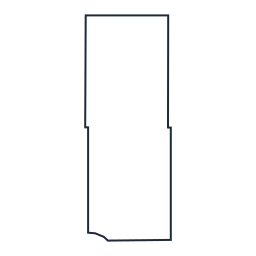 the district of Hyde, South Dakota, United States of America
{"feature_id": "52423323B29603779498956", "entity_name": "Hyde", "entity_type": "district", "adm_level": 2, "iso_a3": "USA", "parent_name": "United States of America", "parent_adm1": "South Dakota", "projection": "mercator", "projection_center": [-99.535, 44.545], "detail": "fine", "context": "isolated", "style": "outline", "palette": "slate", "viewbox_px": 256, "rotation_deg": 0, "n_neighbors": 0, "source": "geoboundaries", "source_scale": "gbopen_adm2", "svg_char_len": 273}
<svg xmlns="http://www.w3.org/2000/svg" viewBox="0 0 256 256"><path d="M85.7,15.4L85.2,127.3L88.1,127.3L88.1,232.7L95.2,233.3L103.9,236.9L107.9,240.6L170.8,239.9L170.8,127.6L168.0,127.5L168.2,15.4L108.8,15.4L85.7,15.4Z" fill="none" stroke="#1e293b" stroke-width="2"/></svg>